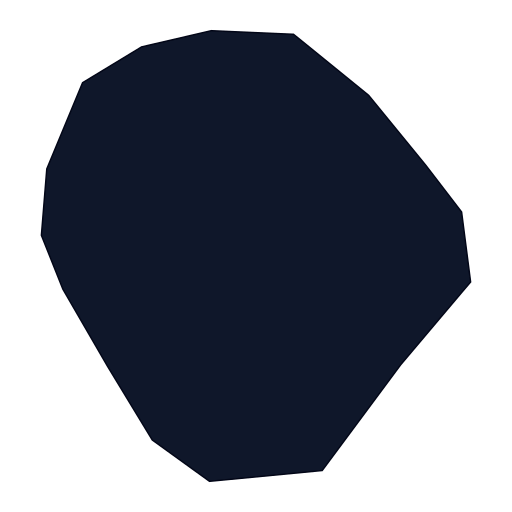 Shusha City, Şuşa, Azerbaijan
{"feature_id": "54616110B73470411147872", "entity_name": "Shusha City", "entity_type": "district", "adm_level": 2, "iso_a3": "AZE", "parent_name": "Azerbaijan", "parent_adm1": "Şuşa", "projection": "orthographic", "projection_center": [46.748, 39.738], "detail": "fine", "context": "isolated", "style": "filled", "palette": "ink", "viewbox_px": 512, "rotation_deg": 0, "n_neighbors": 0, "source": "geoboundaries", "source_scale": "gbopen_adm2", "svg_char_len": 360}
<svg xmlns="http://www.w3.org/2000/svg" viewBox="0 0 512 512"><path d="M240.5,32.0L211.3,30.7L141.6,46.9L82.6,82.7L46.8,168.9L41.4,235.3L62.9,289.2L107.6,366.4L152.3,440.0L209.5,481.3L322.2,470.5L400.8,364.6L462.0,292.1L470.6,282.0L461.6,212.0L425.8,165.3L368.6,95.3L306.0,44.4L293.5,34.3L240.5,32.0Z" fill="#0f172a" stroke="#020617" stroke-width="1.5"/></svg>